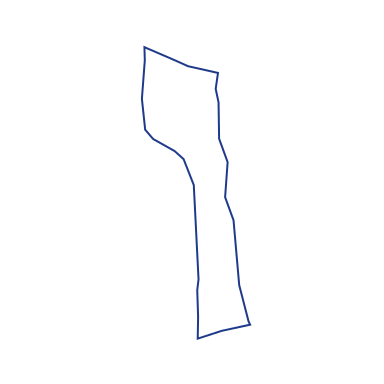 SVG path tracing the border of Gaza Strip, rotated 131°
{"feature_id": "GAZ+00?", "entity_name": "Gaza Strip", "entity_type": "state/province", "adm_level": 1, "iso_a3": "PSE", "parent_name": "Palestine", "parent_adm1": "", "projection": "albers", "projection_center": [34.369, 31.397], "detail": "fine", "context": "isolated", "style": "outline", "palette": "blue", "viewbox_px": 384, "rotation_deg": 131, "n_neighbors": 0, "source": "natural_earth", "source_scale": "10m", "svg_char_len": 469}
<svg xmlns="http://www.w3.org/2000/svg" viewBox="0 0 384 384"><g transform="rotate(131 192 192)"><path d="M254.0,61.1L277.3,78.5L298.9,91.5L282.3,105.4L262.7,123.6L253.6,129.8L185.6,195.2L172.7,219.9L172.5,231.9L177.5,256.1L175.7,268.2L154.6,290.9L123.6,314.0L113.9,322.9L103.2,289.3L99.7,277.6L85.1,250.5L98.6,241.8L107.0,230.7L134.0,206.5L146.1,184.7L174.2,163.6L186.1,142.1L231.3,95.3L252.5,64.5L254.0,61.1Z" fill="none" stroke="#1e3a8a" stroke-width="2"/></g></svg>